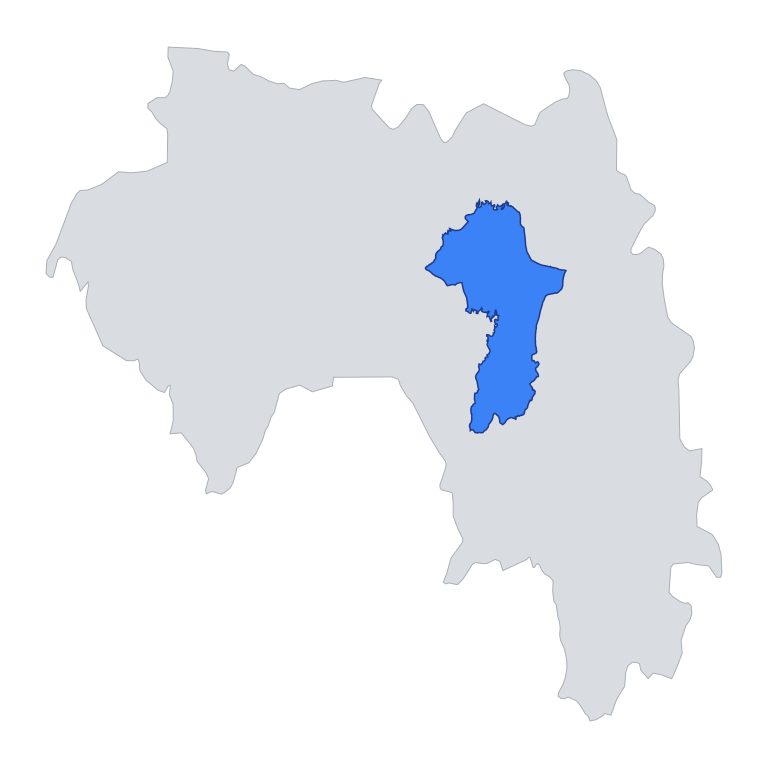 location of Kouroussa, Kouroussa, Guinea
{"feature_id": "49546643B25969650419510", "entity_name": "Kouroussa", "entity_type": "district", "adm_level": 2, "iso_a3": "GIN", "parent_name": "Guinea", "parent_adm1": "Kouroussa", "projection": "equal_earth", "projection_center": [-10.122, 10.487], "detail": "fine", "context": "in_parent", "style": "filled", "palette": "blue", "viewbox_px": 768, "rotation_deg": 0, "n_neighbors": 0, "source": "geoboundaries", "source_scale": "gbopen_adm2", "svg_char_len": 9730}
<svg xmlns="http://www.w3.org/2000/svg" viewBox="0 0 768 768"><path d="M482.8,563.7L475.7,562.4L472.5,564.2L463.2,578.9L457.5,584.7L448.8,582.9L445.7,583.9L443.3,582.3L446.5,574.2L451.0,558.2L462.6,542.0L462.8,538.7L458.1,529.2L453.2,516.4L453.2,502.6L452.2,492.7L442.0,489.9L440.2,488.2L439.9,484.9L445.7,467.7L446.1,464.3L445.4,461.2L439.1,452.4L429.4,436.2L412.7,402.8L406.4,395.8L400.5,385.7L398.2,379.2L392.0,376.9L333.5,377.3L332.4,386.0L312.3,391.8L299.9,385.1L286.1,389.0L279.3,393.5L274.1,412.9L271.1,417.1L268.2,425.8L265.4,430.6L262.4,440.2L255.8,453.8L248.9,462.7L237.1,467.5L233.4,481.9L230.7,487.2L226.2,491.4L221.4,494.1L211.8,491.4L206.4,493.9L205.5,490.3L208.6,478.9L206.2,473.0L197.0,461.2L196.2,455.4L193.4,448.1L181.3,432.9L170.0,433.8L173.2,421.0L173.1,404.1L169.3,394.8L170.3,385.4L168.2,386.0L164.4,392.5L158.4,390.4L146.1,380.3L139.9,370.6L139.2,362.2L137.9,359.0L134.1,360.8L126.4,360.6L102.9,345.8L86.4,308.6L86.0,300.2L88.5,285.8L88.0,281.9L80.2,291.4L78.8,285.0L73.0,270.1L71.4,261.5L65.7,257.7L61.2,257.0L57.7,259.9L53.0,277.3L49.6,277.2L46.1,273.5L46.9,260.5L56.0,244.2L71.4,203.1L76.8,193.7L80.3,190.4L87.4,190.1L101.4,184.6L118.6,171.8L131.7,172.8L147.1,171.2L167.3,162.4L167.7,134.9L167.0,128.8L159.9,123.2L155.7,118.5L152.2,112.4L147.8,108.0L148.0,103.5L157.0,97.6L165.2,97.7L167.9,95.4L169.9,91.5L172.3,81.6L173.2,71.1L167.9,57.1L168.2,47.1L197.7,48.5L214.0,51.3L227.2,52.0L229.3,54.3L227.4,64.0L229.1,69.7L233.6,71.2L241.1,64.5L244.9,66.0L253.2,74.4L260.9,76.7L269.3,81.2L277.2,83.7L284.2,83.4L289.5,88.1L299.4,89.6L312.1,83.6L322.1,81.0L336.2,80.3L343.5,82.3L365.0,77.5L381.8,80.2L379.2,83.5L371.5,105.5L372.3,109.4L389.4,128.0L393.5,129.4L398.2,126.9L405.5,118.3L411.3,108.9L416.9,104.4L423.5,104.7L428.7,111.3L440.8,138.9L443.9,142.4L446.8,142.3L452.1,137.2L454.8,131.1L466.2,112.9L483.6,103.8L525.1,124.7L531.2,126.3L534.8,124.7L540.0,112.3L555.6,101.8L563.1,98.9L567.4,98.5L569.0,95.2L569.8,90.1L569.0,84.9L564.1,75.6L564.0,72.8L566.7,71.0L572.7,69.7L580.4,70.6L589.1,74.6L596.1,80.5L600.2,87.4L608.0,116.6L616.8,139.5L616.5,170.2L620.4,173.2L624.6,174.6L626.6,177.0L630.9,189.6L634.9,193.3L639.7,194.2L648.7,202.3L654.5,205.5L655.3,207.9L655.1,211.3L652.9,215.5L644.2,224.0L639.9,231.3L631.1,248.7L630.8,251.9L632.7,254.3L636.4,254.7L640.3,253.5L648.4,247.1L654.9,249.4L661.0,254.2L663.3,259.3L663.9,265.9L662.5,274.4L662.3,284.0L664.4,300.2L667.6,316.5L670.9,322.4L691.4,336.7L693.4,342.1L694.5,348.1L693.0,356.4L690.9,361.0L679.7,373.7L678.0,379.8L678.9,391.1L679.8,438.8L684.2,446.8L689.5,450.9L701.9,448.6L701.6,461.9L699.9,476.7L707.2,481.3L710.8,485.8L712.8,490.0L701.5,497.9L698.2,502.5L696.6,514.9L697.0,526.4L712.4,534.6L718.3,544.2L721.0,554.1L721.9,573.0L720.6,577.3L716.6,577.3L708.8,565.9L696.9,564.6L688.1,562.5L673.3,564.0L670.8,567.4L669.1,592.4L672.7,596.6L679.7,601.3L684.4,603.3L688.2,602.8L691.1,605.8L691.8,614.1L689.8,620.1L685.9,625.7L681.1,640.2L682.2,653.4L673.9,674.5L671.5,678.7L660.4,674.5L653.2,673.1L648.1,678.5L640.9,670.2L639.5,663.8L636.9,662.4L632.1,662.4L627.6,666.0L625.7,672.7L624.7,686.2L616.7,699.1L611.0,715.1L604.4,713.6L603.0,715.6L596.0,719.7L590.0,720.9L588.4,716.6L584.9,713.2L581.0,706.4L576.6,700.9L568.1,697.0L564.8,698.7L560.8,698.3L558.1,696.1L558.5,692.8L563.0,684.5L565.5,676.8L566.9,668.4L566.8,660.5L564.5,649.2L560.6,640.3L559.7,635.1L560.2,627.7L559.3,620.9L558.0,617.3L556.2,604.3L554.0,601.9L552.7,591.6L553.1,580.9L549.8,576.9L544.6,574.0L541.6,569.8L539.7,565.2L537.8,563.8L536.3,564.1L534.8,567.0L533.1,567.6L530.1,557.6L528.8,557.2L526.7,559.5L502.9,570.6L499.8,561.2L495.2,559.4L487.4,563.3L482.8,563.7Z" fill="#d9dde1" stroke="#a8b0b8" stroke-width="1"/><path d="M465.9,309.1L465.9,310.9L466.8,311.1L468.1,311.8L469.2,312.8L470.4,313.3L470.8,313.3L471.4,311.3L471.7,309.5L472.0,308.9L472.8,310.0L473.4,311.3L474.2,309.8L475.4,310.1L476.5,310.9L476.3,313.3L477.9,313.5L478.3,311.2L479.2,310.8L480.3,310.0L481.7,307.9L482.0,308.5L481.9,311.4L483.3,312.1L485.5,312.4L487.0,312.3L488.5,311.3L489.3,311.7L488.7,312.8L487.3,313.5L487.5,314.6L487.0,316.6L488.1,316.1L489.1,316.6L491.0,321.5L491.6,321.2L490.9,319.5L492.2,318.0L492.3,316.2L492.7,316.2L493.4,316.9L494.7,315.3L495.1,313.0L495.4,310.2L496.1,310.3L496.1,311.5L496.7,313.1L496.6,313.9L496.0,314.9L498.7,315.6L497.9,317.1L498.1,318.9L498.0,320.2L497.5,320.5L495.9,319.3L495.0,319.5L494.6,320.7L494.8,321.9L495.4,324.4L496.9,323.9L497.3,325.3L496.4,326.9L495.4,326.9L494.7,326.2L494.9,328.2L494.0,330.1L494.7,331.3L494.4,332.7L493.3,333.0L493.5,334.4L492.3,336.1L490.8,336.4L488.5,334.8L486.8,334.7L486.7,336.0L488.0,337.0L488.1,338.9L487.1,340.3L487.1,340.9L488.1,340.3L488.0,341.2L487.1,344.9L490.3,351.0L488.6,354.3L487.0,354.8L487.8,356.9L485.4,357.4L485.0,358.3L485.6,359.3L484.4,361.0L483.1,361.2L482.6,362.8L480.8,364.7L479.1,364.0L478.6,366.8L479.4,369.2L478.8,371.2L476.7,374.0L475.6,376.2L475.8,378.1L477.0,381.1L478.1,387.4L478.7,389.4L478.0,390.5L477.4,391.1L477.6,392.0L476.6,393.2L474.9,393.2L474.6,394.7L474.6,396.4L474.4,399.0L474.9,400.5L475.1,403.3L473.2,404.3L472.7,406.0L471.6,406.4L470.8,409.3L471.2,413.7L471.8,414.0L471.7,416.9L471.8,419.1L471.5,420.9L471.0,422.6L469.7,424.3L469.5,426.5L470.1,428.0L470.3,430.6L471.7,429.6L473.6,430.4L474.9,432.4L477.3,433.0L478.9,432.4L481.7,432.8L482.9,432.5L484.4,430.8L486.6,429.4L487.0,428.4L488.1,427.1L488.5,425.9L488.6,424.6L488.9,423.9L490.3,422.6L492.3,419.2L492.9,417.1L493.0,415.7L494.0,413.6L495.5,413.5L497.2,415.3L497.9,415.8L498.9,417.1L499.6,419.6L499.7,421.6L500.2,422.9L502.7,424.6L504.7,423.0L506.4,420.3L508.3,418.6L511.0,417.5L513.2,418.1L515.8,419.2L516.1,418.1L515.8,417.5L515.3,417.5L515.3,416.8L516.5,416.4L517.4,416.5L518.3,415.5L518.5,415.5L519.1,416.1L519.5,416.1L519.8,415.7L520.3,415.6L521.1,415.1L521.5,415.4L521.9,415.4L522.4,414.9L522.9,414.9L523.9,414.1L524.4,413.0L524.5,411.9L525.4,409.2L526.1,409.1L527.3,407.9L527.6,407.2L527.8,405.5L529.9,400.3L530.2,400.3L530.8,400.8L531.4,400.0L531.7,400.1L532.0,399.8L532.2,398.8L532.1,397.6L533.2,396.1L533.7,395.0L534.9,393.8L534.9,393.4L534.8,392.7L535.1,392.0L535.2,391.3L534.7,391.0L533.9,389.8L532.7,390.1L532.4,389.7L532.2,389.0L532.5,388.6L532.5,388.2L532.3,387.6L530.3,385.1L529.8,384.3L529.8,383.8L531.8,381.9L533.5,381.0L534.6,379.8L536.1,377.8L536.5,376.9L537.7,376.8L538.4,376.4L538.5,376.1L538.2,375.2L538.0,374.0L537.1,372.3L536.8,372.0L536.1,370.9L535.6,369.3L535.6,368.2L537.0,367.1L537.8,366.1L538.9,364.3L538.9,363.7L538.4,362.5L538.1,362.1L537.5,361.8L535.5,362.9L534.8,362.1L534.4,361.1L534.1,360.9L532.7,360.4L532.2,360.6L531.9,359.7L531.8,357.2L531.7,356.7L532.1,355.0L532.8,354.5L536.0,353.2L536.4,352.7L536.8,351.5L536.2,349.8L536.4,348.9L536.2,347.9L535.8,346.5L535.6,345.3L535.4,343.4L535.5,341.0L535.3,339.8L535.5,333.9L535.9,330.1L536.3,328.6L536.3,325.5L538.9,317.8L540.8,309.4L542.3,304.5L542.7,302.3L544.2,299.7L544.8,297.4L546.0,295.8L548.0,294.5L552.5,293.7L555.1,293.0L556.9,293.1L558.0,292.4L561.8,288.8L562.2,287.1L562.7,286.0L562.8,280.8L563.5,277.1L564.4,273.6L566.0,270.6L564.3,270.1L562.2,270.0L559.2,269.5L557.0,268.4L553.0,267.5L551.2,267.3L551.0,266.9L550.4,266.4L549.8,266.7L548.8,266.8L547.8,266.3L541.3,265.0L537.5,263.4L536.8,262.9L536.5,263.0L536.1,262.6L535.4,262.3L533.7,261.2L532.2,260.8L530.6,258.8L528.6,254.8L527.4,252.9L527.5,252.7L526.7,251.4L526.6,250.0L525.7,245.9L525.4,242.3L525.4,241.5L525.2,240.3L525.2,238.8L524.1,230.4L524.0,228.3L523.7,227.6L523.2,227.2L521.8,226.3L520.4,224.1L520.4,222.0L520.3,220.8L520.5,218.6L520.1,215.0L519.8,213.8L519.1,212.1L518.2,211.9L517.3,211.3L515.3,209.3L513.8,208.1L513.1,207.3L512.9,207.0L512.6,207.1L511.2,206.0L510.6,205.7L510.2,206.2L508.4,205.6L507.5,205.5L507.3,205.3L507.2,204.8L507.4,203.7L508.4,204.2L508.5,203.6L508.3,202.9L507.5,202.6L506.9,202.1L506.6,201.3L506.1,201.7L505.9,202.8L504.3,204.2L504.2,206.8L503.5,208.2L502.3,209.2L501.6,209.4L501.2,208.9L502.4,207.0L502.5,205.9L503.0,204.2L502.5,204.4L502.1,205.3L500.9,206.0L499.3,206.4L498.2,205.7L497.7,204.9L496.7,206.6L496.3,207.7L497.4,209.4L497.1,209.9L494.8,209.9L493.7,209.6L493.3,208.6L493.8,207.3L494.8,205.9L494.5,204.9L493.1,205.4L492.1,206.0L491.4,205.8L491.1,204.3L490.9,202.1L490.2,203.2L488.8,203.7L488.4,201.8L487.4,201.0L486.9,201.0L486.0,200.7L485.4,200.9L486.4,202.4L486.1,203.1L485.4,203.5L484.3,204.4L483.6,203.9L482.3,202.1L481.8,202.5L481.6,203.4L481.2,205.5L481.3,206.3L479.4,207.5L478.3,207.1L478.4,206.1L479.2,205.0L479.7,203.2L479.6,200.8L479.4,200.0L479.0,200.9L478.6,203.7L478.0,204.5L477.1,202.8L476.6,203.6L476.3,206.1L477.2,207.7L476.5,209.3L475.7,210.2L474.7,212.3L474.0,213.3L471.2,214.5L467.9,214.8L465.9,215.7L465.2,216.8L465.2,217.9L465.9,219.3L468.2,221.6L461.8,228.8L459.6,230.1L456.7,230.5L454.8,230.5L452.9,229.8L451.4,229.5L450.3,228.7L449.7,228.5L450.7,231.0L449.0,230.4L448.0,230.5L448.4,231.6L447.8,231.7L447.9,234.0L446.8,233.7L445.6,233.0L445.6,233.5L444.7,233.7L444.4,234.0L443.2,235.8L442.8,235.3L442.8,236.7L442.3,237.2L442.6,238.8L443.1,240.4L443.3,241.6L443.0,245.8L441.2,246.9L440.4,249.3L437.9,251.3L436.3,253.1L435.9,254.0L436.0,254.6L435.6,255.3L435.7,258.6L434.6,259.8L433.9,261.2L434.1,261.7L432.1,262.7L431.7,263.2L431.6,263.6L431.0,263.7L430.4,264.3L429.9,264.3L429.2,264.5L428.4,265.9L427.0,266.2L425.7,267.5L425.5,267.9L425.5,268.4L425.9,269.2L426.5,269.8L427.9,270.3L429.5,271.2L431.3,272.6L432.5,274.0L433.7,274.6L434.9,275.7L435.3,275.6L435.5,276.0L437.6,276.7L438.8,277.4L440.3,277.8L443.2,279.9L445.1,282.0L445.9,283.6L446.6,284.4L446.6,284.7L447.0,285.1L447.1,285.5L447.5,285.7L452.1,284.6L453.6,284.6L455.0,285.1L456.7,283.7L458.0,283.1L460.1,282.6L461.9,282.6L463.4,289.9L464.1,292.1L466.5,297.3L467.1,300.6L467.5,304.0L467.8,307.7L465.9,309.1Z" fill="#3b82f6" stroke="#1e3a8a" stroke-width="1.5"/></svg>